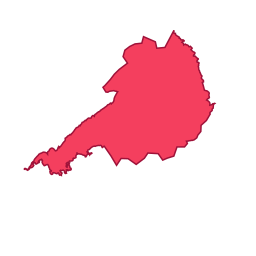 the district of Xanx, Hövsgöl, Mongolia, rotated 44°
{"feature_id": "93677404B14141451758610", "entity_name": "Xanx", "entity_type": "district", "adm_level": 2, "iso_a3": "MNG", "parent_name": "Mongolia", "parent_adm1": "Hövsgöl", "projection": "orthographic", "projection_center": [100.416, 51.084], "detail": "fine", "context": "isolated", "style": "filled", "palette": "rose", "viewbox_px": 256, "rotation_deg": 44, "n_neighbors": 0, "source": "geoboundaries", "source_scale": "gbopen_adm2", "svg_char_len": 5771}
<svg xmlns="http://www.w3.org/2000/svg" viewBox="0 0 256 256"><g transform="rotate(44 128 128)"><path d="M105.1,214.6L105.6,214.1L105.7,213.6L105.7,213.2L105.4,212.4L105.2,212.4L105.3,212.0L105.9,211.5L108.2,210.6L108.7,210.1L108.6,209.8L108.9,208.8L109.6,208.7L110.1,208.8L110.5,209.2L111.5,209.4L111.8,209.3L112.3,208.4L112.9,208.3L112.7,208.1L112.3,208.2L112.2,206.7L111.8,206.3L112.2,206.0L111.6,206.2L111.7,206.4L111.4,206.5L110.5,206.4L108.8,205.9L108.8,205.3L110.0,204.6L110.3,203.7L110.6,203.3L111.3,203.1L112.3,203.2L113.2,204.1L114.2,204.3L114.8,204.0L115.1,203.2L114.2,203.0L113.8,202.0L112.7,200.9L113.7,199.8L113.9,199.8L113.4,200.4L113.5,200.6L114.2,200.5L114.7,200.1L115.3,198.6L115.9,198.2L116.0,197.5L115.5,196.9L114.9,196.6L114.5,196.9L113.7,196.8L112.6,195.9L111.8,195.9L110.6,194.8L110.3,194.0L110.0,194.5L109.8,195.4L109.9,196.4L110.7,197.2L111.0,198.6L112.2,198.5L110.8,198.8L110.3,198.7L109.8,198.1L109.0,196.8L108.3,196.5L108.2,196.2L108.3,194.9L109.1,193.8L109.1,193.2L108.8,192.4L109.7,191.7L110.4,190.7L110.8,190.0L110.7,189.1L110.3,188.7L109.9,188.5L110.0,188.1L109.7,187.6L110.5,187.1L111.1,185.5L110.8,185.0L109.9,184.4L109.7,183.8L109.4,182.4L108.7,181.4L108.9,181.3L110.0,181.7L110.5,180.7L111.5,180.2L112.9,179.1L114.0,178.9L115.4,178.2L116.0,177.7L116.5,177.8L117.1,178.4L117.7,178.1L117.5,176.6L116.9,174.9L118.2,173.9L119.2,174.1L118.9,173.3L119.4,172.3L119.5,171.2L119.0,171.2L118.2,172.7L117.6,173.1L116.8,173.4L116.0,173.0L115.9,173.6L115.3,173.7L115.0,173.6L115.0,172.6L114.4,171.5L115.2,170.2L115.0,169.6L115.2,169.0L115.1,167.9L115.6,165.7L116.4,164.4L117.1,164.0L117.7,162.7L118.8,161.1L119.9,160.2L120.2,159.6L121.0,159.2L122.6,159.8L123.1,159.9L123.3,159.5L123.1,158.5L123.6,157.6L135.1,159.9L145.7,162.8L144.2,154.7L149.4,150.0L159.2,148.5L160.8,138.4L159.7,132.2L167.5,125.5L175.3,127.0L177.2,122.4L180.5,116.4L176.4,107.6L181.8,102.3L181.5,97.9L179.2,96.9L180.3,95.7L180.7,94.7L181.2,94.4L182.3,92.7L182.7,92.5L183.8,90.6L184.3,87.4L183.9,86.2L183.2,84.8L182.8,79.9L178.7,75.3L179.2,68.2L177.4,60.8L176.9,60.7L176.5,60.5L176.2,59.7L176.4,57.1L176.3,56.8L175.4,56.0L175.4,54.9L175.5,54.6L173.2,51.8L173.2,50.9L173.4,50.0L173.1,50.1L172.8,50.9L172.1,51.6L172.1,52.7L171.9,53.3L171.0,54.8L169.7,53.3L168.9,52.9L167.1,52.8L165.1,53.3L165.0,51.4L165.6,50.7L165.2,50.0L165.2,49.4L163.2,48.1L162.5,46.8L162.0,46.4L161.4,46.2L159.4,46.3L156.7,47.7L153.0,45.4L149.8,43.6L150.3,42.4L149.2,41.4L146.5,41.4L145.8,40.8L145.3,39.5L145.1,39.2L143.7,39.1L141.6,38.1L141.2,38.2L139.7,37.2L138.4,36.9L136.5,35.2L136.0,35.1L135.3,34.1L135.3,33.7L134.6,33.3L134.1,32.1L134.0,31.9L133.4,31.8L133.1,32.1L132.5,32.1L132.2,32.5L131.8,32.5L131.2,32.0L130.7,31.4L130.8,30.8L130.6,30.5L130.8,30.5L130.7,29.6L130.4,29.4L128.3,29.8L126.9,29.6L126.2,29.7L125.7,30.5L125.0,30.7L124.5,29.6L124.6,28.8L124.4,28.0L123.9,27.4L122.7,27.5L122.0,27.9L119.3,28.0L118.8,27.9L118.9,27.0L118.7,26.0L116.1,25.9L115.8,26.8L115.3,27.2L114.4,26.9L113.4,26.9L112.4,27.4L112.1,27.8L111.1,27.7L110.4,29.1L110.4,29.5L108.9,28.6L107.2,28.9L107.4,26.7L107.9,26.6L107.7,26.2L106.5,26.3L104.9,27.8L103.5,27.3L102.7,27.8L102.2,27.8L101.9,27.1L101.4,27.1L100.5,27.3L99.9,27.7L98.8,27.6L97.6,27.9L96.8,27.5L96.4,27.0L95.1,27.9L94.3,27.4L94.2,26.8L93.6,26.6L93.4,26.0L93.2,25.8L98.6,44.4L93.3,50.6L87.8,47.0L75.7,51.5L79.0,57.4L74.6,62.7L72.6,68.2L71.7,74.2L74.9,80.1L82.6,81.7L81.0,91.9L80.8,98.7L81.6,105.4L81.9,113.7L81.7,116.1L87.1,117.5L88.5,116.4L88.8,115.9L89.0,114.9L89.2,114.4L91.9,110.9L93.2,110.4L94.1,109.6L94.4,109.6L95.4,109.1L95.5,109.9L96.7,114.3L97.4,116.1L99.0,118.4L99.5,120.4L99.1,121.3L99.2,122.2L98.4,122.0L98.1,122.2L98.0,122.5L98.1,123.4L98.0,124.1L97.3,125.4L97.4,127.3L96.8,130.2L96.9,130.8L96.5,131.6L96.2,133.6L95.9,134.3L96.1,134.9L95.9,136.3L95.5,136.9L95.4,137.8L95.2,138.5L95.3,139.7L94.9,140.7L94.9,141.6L95.7,143.0L94.2,143.2L94.0,143.5L93.9,145.0L94.4,146.2L94.5,146.6L94.2,146.9L93.6,147.4L93.4,147.8L92.6,148.4L92.4,150.9L92.6,151.9L91.9,152.2L91.9,152.9L91.8,153.7L91.9,154.4L91.6,154.8L91.5,155.3L91.1,155.9L91.7,157.3L91.6,158.5L92.1,159.4L91.4,159.7L91.1,160.0L91.5,161.3L91.2,162.7L90.8,163.3L90.6,164.2L90.8,164.8L90.9,166.3L91.1,167.0L91.4,169.5L91.5,170.7L91.5,171.2L91.3,171.3L91.4,172.0L91.6,172.7L90.8,173.0L90.8,173.9L90.2,175.7L90.2,176.5L90.4,177.1L90.2,177.5L90.2,178.3L89.9,178.9L90.2,179.4L91.0,179.9L91.5,180.8L91.6,181.8L91.5,182.5L91.7,183.2L91.6,184.2L91.9,185.1L92.3,188.0L92.2,188.9L92.2,189.8L91.9,189.6L92.1,189.6L92.0,189.3L91.5,189.2L91.1,189.8L91.3,190.7L91.9,191.8L92.3,193.2L92.0,194.4L91.6,194.9L89.8,194.6L88.1,194.8L87.5,195.1L86.8,195.8L86.5,197.5L86.7,198.5L87.1,199.0L87.1,199.3L86.8,200.6L87.2,201.6L88.3,202.7L86.7,202.5L85.8,202.8L84.2,203.8L83.5,204.9L83.2,206.3L82.5,207.2L82.5,208.0L82.1,208.9L82.4,210.1L82.3,211.5L82.4,213.8L82.4,214.7L82.7,216.2L84.0,218.6L83.8,218.7L83.7,218.3L83.4,218.1L83.0,218.2L83.0,220.1L84.0,221.8L83.9,222.5L84.3,223.7L84.1,224.5L84.4,225.1L84.8,226.8L84.6,227.6L83.6,228.0L82.4,228.3L82.0,228.7L81.8,229.0L82.1,229.5L81.8,230.2L82.2,229.6L82.1,228.9L82.2,228.6L83.7,228.6L83.9,228.4L85.2,228.1L85.5,226.5L85.4,225.2L85.1,224.3L85.3,224.1L86.0,223.7L86.3,223.2L86.5,221.6L86.2,220.3L86.0,220.2L84.5,220.2L84.6,219.7L84.3,219.0L84.7,218.5L84.8,217.8L85.0,217.6L85.5,217.5L86.3,218.0L86.8,217.9L87.2,217.4L87.6,215.5L88.0,214.8L88.0,214.3L87.5,213.9L86.9,214.4L86.6,213.7L87.2,212.8L86.8,212.3L86.9,211.8L87.2,211.3L87.8,211.1L87.7,210.5L88.0,210.5L88.2,211.0L89.3,211.0L89.8,212.1L90.1,212.4L91.7,213.0L93.9,213.3L94.2,213.0L94.8,211.2L95.3,210.3L95.8,210.0L96.4,210.3L97.5,210.6L98.4,211.2L99.3,211.4L100.4,212.2L102.5,212.0L102.7,212.4L102.0,212.6L101.8,213.2L101.9,213.4L102.8,214.1L103.7,214.6L105.1,214.6Z" fill="#f43f5e" stroke="#9f1239" stroke-width="1.5"/></g></svg>